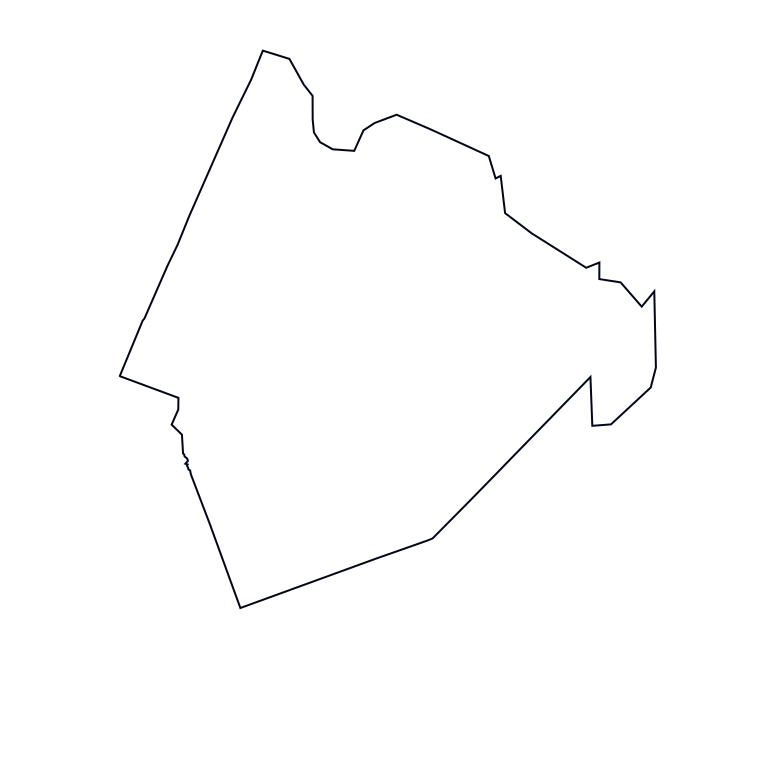 Allegheny, Pennsylvania, United States of America, rotated 293°
{"feature_id": "52423323B21471861294441", "entity_name": "Allegheny", "entity_type": "district", "adm_level": 2, "iso_a3": "USA", "parent_name": "United States of America", "parent_adm1": "Pennsylvania", "projection": "albers", "projection_center": [-79.965, 40.435], "detail": "fine", "context": "isolated", "style": "outline", "palette": "ink", "viewbox_px": 768, "rotation_deg": 293, "n_neighbors": 0, "source": "geoboundaries", "source_scale": "gbopen_adm2", "svg_char_len": 946}
<svg xmlns="http://www.w3.org/2000/svg" viewBox="0 0 768 768"><g transform="rotate(293 384 384)"><path d="M288.2,137.7L288.0,138.1L290.9,200.2L280.1,204.6L263.6,204.4L258.4,217.8L241.5,226.2L241.1,227.5L239.4,228.8L238.5,231.9L236.6,233.6L233.0,232.3L233.2,234.7L231.7,234.6L230.2,236.6L228.9,237.4L228.7,239.3L225.4,241.5L186.7,278.7L121.7,339.3L220.0,444.7L257.4,485.7L260.9,489.1L312.7,509.7L345.8,522.6L377.3,534.8L471.1,571.3L426.9,592.1L435.5,608.7L485.0,630.9L505.3,627.9L574.9,596.6L555.9,591.0L570.0,562.1L564.7,541.2L580.0,534.8L570.0,524.7L580.4,461.0L588.6,428.7L621.2,410.1L616.8,406.4L634.8,391.4L636.6,327.4L636.8,290.4L620.6,273.4L609.5,266.0L587.0,265.5L586.6,264.4L580.0,245.1L581.6,230.7L588.2,221.2L599.6,215.0L621.3,205.7L628.2,193.2L646.3,169.9L643.5,142.2L643.2,142.2L612.2,142.8L570.4,140.5L463.0,139.1L431.5,139.6L408.4,138.5L350.6,137.9L348.2,137.1L288.2,137.7Z" fill="none" stroke="#020617" stroke-width="2"/></g></svg>